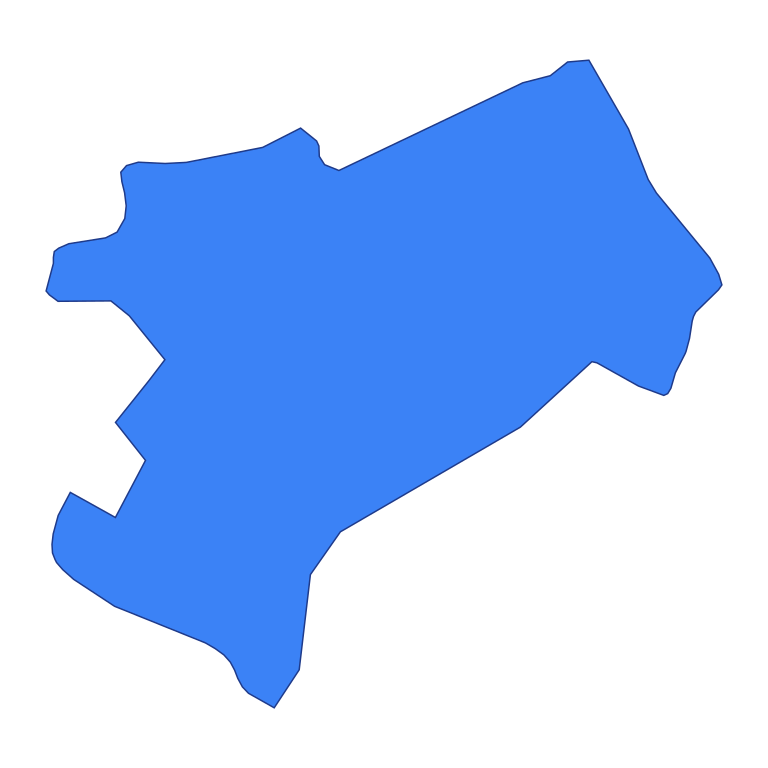 the border of Grad Zagreb
{"feature_id": "HRV-1589", "entity_name": "Grad Zagreb", "entity_type": "City", "adm_level": 1, "iso_a3": "HRV", "parent_name": "Croatia", "parent_adm1": "", "projection": "natural_earth1", "projection_center": [15.947, 45.796], "detail": "fine", "context": "isolated", "style": "filled", "palette": "blue", "viewbox_px": 768, "rotation_deg": 0, "n_neighbors": 0, "source": "natural_earth", "source_scale": "10m", "svg_char_len": 1083}
<svg xmlns="http://www.w3.org/2000/svg" viewBox="0 0 768 768"><path d="M338.9,170.5L522.8,82.8L550.3,75.7L567.6,62.0L588.9,60.2L628.5,129.0L648.2,179.5L656.4,193.0L709.8,258.0L718.7,274.3L721.9,284.9L718.5,289.8L695.8,312.0L693.5,316.5L692.2,321.1L689.5,338.5L686.1,351.2L685.2,353.5L675.4,372.8L670.9,388.3L667.7,393.6L663.8,395.4L638.4,386.0L596.9,362.8L591.9,361.7L520.4,427.1L340.4,531.8L310.4,574.6L299.2,669.8L274.2,707.8L248.5,693.3L242.4,686.9L237.8,678.4L234.6,670.1L230.3,662.1L223.9,654.9L215.2,648.6L205.4,642.9L114.6,606.3L73.7,579.4L62.8,569.7L56.6,562.6L55.0,559.4L52.5,553.0L52.0,544.4L53.2,533.9L58.2,515.4L70.3,492.4L115.4,517.5L145.5,460.4L115.5,422.4L148.8,380.8L164.9,359.7L129.3,315.8L110.9,300.9L58.0,301.3L49.4,294.9L46.1,291.0L53.4,263.4L53.4,257.4L54.3,251.5L58.8,248.1L68.9,243.7L105.5,237.9L117.1,232.1L124.8,218.5L126.2,205.9L124.6,192.8L121.9,181.7L120.8,172.2L126.5,165.6L138.3,162.2L165.2,163.5L186.3,162.4L262.7,147.4L300.6,128.1L316.6,141.0L318.9,146.0L319.3,156.4L324.6,164.7L338.9,170.5Z" fill="#3b82f6" stroke="#1e3a8a" stroke-width="1.5"/></svg>